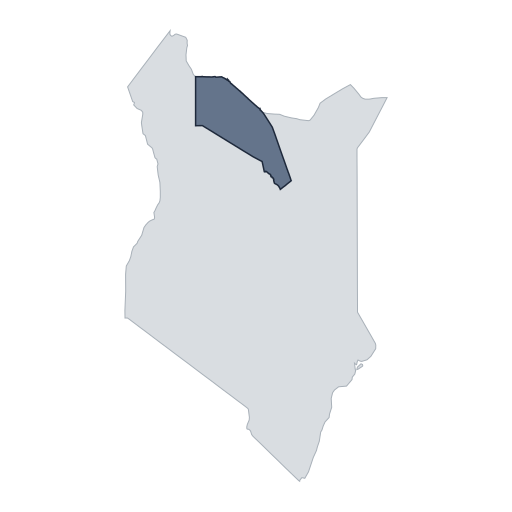 location of North Horr, Eastern, Kenya
{"feature_id": "3690345B4448118045148", "entity_name": "North Horr", "entity_type": "district", "adm_level": 2, "iso_a3": "KEN", "parent_name": "Kenya", "parent_adm1": "Eastern", "projection": "equal_earth", "projection_center": [38.048, 3.18], "detail": "fine", "context": "in_parent", "style": "filled", "palette": "slate", "viewbox_px": 512, "rotation_deg": 0, "n_neighbors": 0, "source": "geoboundaries", "source_scale": "gbopen_adm2", "svg_char_len": 6282}
<svg xmlns="http://www.w3.org/2000/svg" viewBox="0 0 512 512"><path d="M125.0,318.0L124.9,310.5L125.7,291.3L125.6,274.4L126.3,266.0L129.4,260.6L130.8,256.7L131.9,251.3L133.5,246.9L137.1,243.3L137.8,241.3L141.7,235.3L144.0,227.5L145.8,224.9L148.0,222.5L149.5,221.2L152.1,219.9L154.1,219.2L154.4,218.6L154.6,217.3L153.9,212.5L154.8,211.0L156.2,207.8L157.7,204.8L159.1,202.9L159.9,200.9L160.3,197.5L160.3,195.2L160.3,191.2L159.9,182.4L158.2,175.0L157.2,166.6L158.0,163.9L156.7,159.0L156.1,158.8L155.0,157.7L153.7,153.1L152.6,148.9L152.0,147.9L147.6,144.2L145.4,135.6L143.0,133.7L141.7,125.1L141.4,122.6L142.8,114.1L142.7,112.1L141.2,110.3L137.1,108.5L133.7,104.9L134.2,103.7L134.4,102.4L132.7,101.6L127.6,86.9L134.2,78.1L140.9,69.2L149.4,58.0L157.2,47.6L164.0,38.7L170.1,30.7L169.9,32.2L169.9,34.3L170.7,35.5L171.9,36.3L173.6,35.5L175.2,34.2L176.6,34.0L185.7,37.3L187.2,40.2L187.1,43.3L187.5,45.5L186.8,47.8L186.0,54.7L186.2,60.9L188.9,65.6L191.4,69.3L193.3,74.4L194.7,76.0L196.7,76.8L202.9,77.0L212.1,77.3L221.0,77.6L221.8,77.8L223.7,78.5L231.9,85.4L239.4,91.8L245.7,97.3L251.8,102.6L257.8,107.9L262.4,112.2L267.0,113.5L274.4,114.1L279.6,114.3L284.3,116.2L291.4,117.9L296.7,118.7L299.9,119.7L308.7,120.7L310.1,120.1L314.0,115.3L318.4,107.5L320.1,103.2L325.7,99.0L335.6,93.0L342.6,88.8L350.4,84.6L353.9,88.2L358.8,94.1L360.9,97.0L362.7,98.3L365.3,99.2L368.6,99.2L370.3,99.0L373.9,98.3L382.3,97.6L387.1,97.6L383.1,105.4L378.2,114.8L369.3,132.0L362.6,141.0L357.4,147.9L357.0,149.1L357.0,156.7L357.1,175.4L357.2,212.7L357.3,250.0L357.4,287.3L357.5,305.9L357.5,312.2L362.0,320.0L366.4,327.7L372.2,337.8L375.3,343.3L375.8,345.1L375.7,348.7L370.9,356.3L367.0,359.8L361.7,361.4L360.1,361.1L358.0,360.0L357.2,361.8L356.6,364.7L355.4,364.1L354.5,363.2L355.1,368.3L355.6,370.8L354.8,374.1L352.3,377.1L352.0,379.6L346.5,386.1L338.6,386.8L334.5,390.0L332.6,392.7L331.2,398.4L331.7,407.3L329.5,414.1L329.1,417.5L325.0,422.0L323.2,426.0L321.9,430.1L320.7,432.0L319.3,441.2L317.4,446.8L316.9,448.7L316.5,450.4L315.0,453.7L314.0,455.9L313.3,457.4L308.5,471.8L304.8,478.3L301.9,477.6L299.9,480.1L299.7,481.3L298.7,480.6L296.2,478.2L291.2,473.4L286.1,468.5L281.1,463.6L276.1,458.7L271.0,453.8L266.0,448.9L261.0,444.0L255.9,439.1L253.0,436.3L251.7,434.6L250.6,431.2L250.1,430.4L248.8,429.3L247.2,429.1L246.8,428.4L246.8,426.8L247.3,424.5L249.2,420.0L249.4,417.3L249.0,414.3L248.4,409.5L247.9,408.5L244.6,405.9L237.6,400.7L230.6,395.4L223.6,390.2L216.6,384.9L209.6,379.6L202.6,374.4L195.6,369.1L188.6,363.8L181.6,358.6L174.5,353.3L167.5,348.0L160.5,342.8L153.5,337.5L146.5,332.2L139.5,327.0L132.5,321.7L129.9,319.7L127.5,318.0L125.0,318.0ZM358.0,369.2L356.8,369.6L357.4,367.1L361.0,363.8L362.5,364.5L362.7,365.3L362.7,366.0L362.0,366.6L358.0,369.2Z" fill="#d9dde1" stroke="#a8b0b8" stroke-width="1"/><path d="M290.5,178.6L290.3,178.2L290.2,177.6L289.9,176.9L288.9,174.0L288.7,173.4L288.5,172.9L288.0,171.7L287.8,171.0L287.3,169.6L287.0,168.9L286.5,167.4L283.8,159.7L283.1,157.8L280.7,151.0L277.6,142.1L277.2,140.9L277.0,140.4L276.2,138.1L276.0,137.5L275.0,134.6L272.7,128.3L272.5,127.7L272.3,127.2L270.6,124.5L263.9,114.0L263.6,113.6L263.3,113.2L262.7,112.5L262.4,112.2L262.0,111.7L261.6,111.3L261.4,111.1L261.2,111.0L261.1,110.9L261.0,110.6L260.9,110.6L260.7,110.3L260.6,110.2L260.4,109.9L260.2,109.7L260.1,109.2L260.0,109.3L259.9,108.6L259.7,108.7L259.4,108.5L258.5,107.9L258.0,107.5L257.4,107.1L257.0,106.7L256.7,106.4L256.4,106.1L255.8,105.6L255.3,105.2L254.6,104.6L254.3,104.3L253.3,103.4L253.1,103.2L252.6,102.8L252.0,102.3L251.6,101.9L250.4,100.8L250.0,100.5L249.5,100.0L249.1,99.6L248.4,99.1L248.1,98.8L248.1,98.6L247.6,98.1L247.2,97.8L246.1,96.8L245.0,95.8L243.2,94.1L243.0,93.8L241.7,92.7L241.2,92.2L240.9,92.0L240.8,91.9L240.6,91.7L240.6,91.8L240.5,91.7L240.1,91.3L240.0,91.2L239.7,91.0L238.0,89.5L237.4,88.9L237.2,88.8L236.6,88.3L235.5,87.3L235.4,87.2L235.0,86.8L234.7,86.6L234.2,86.2L233.8,85.8L233.4,85.5L232.0,84.3L231.8,84.0L231.3,83.6L231.1,83.7L230.8,83.4L230.5,83.1L230.0,82.0L230.0,81.9L229.9,81.8L229.8,81.6L229.7,81.5L229.5,81.3L229.4,81.3L229.2,81.2L229.0,81.3L228.9,81.3L228.9,81.2L228.7,80.9L228.6,80.7L228.4,80.3L228.4,80.1L228.2,80.1L227.8,79.6L227.8,79.8L227.7,79.9L227.5,80.2L227.3,80.0L227.2,79.9L226.9,79.9L226.7,79.8L226.7,79.7L226.4,79.4L226.4,79.2L226.1,79.2L225.5,79.1L225.5,78.8L223.8,77.9L222.9,77.6L221.7,76.8L220.7,76.9L219.6,76.9L217.5,77.1L216.9,77.1L216.3,77.2L215.7,77.1L215.2,76.6L214.5,76.6L211.9,77.0L210.9,77.0L209.6,76.9L209.2,76.9L207.8,76.9L207.1,76.9L206.6,76.9L204.9,76.8L202.7,76.7L202.4,76.6L202.1,76.4L201.7,76.7L195.6,76.7L195.6,84.3L195.6,94.2L195.6,125.7L202.4,125.6L242.2,150.1L253.0,156.7L256.4,158.5L257.7,159.2L260.9,160.9L261.8,161.3L262.1,161.5L262.9,165.1L264.3,171.7L264.6,171.8L264.8,171.9L265.0,171.9L265.3,171.8L265.4,171.7L265.6,171.7L265.8,171.5L266.0,171.5L266.0,171.4L266.3,171.5L266.5,171.6L266.6,171.8L266.8,171.9L266.9,172.0L267.0,172.0L267.5,172.5L267.8,172.8L268.0,173.0L268.3,173.1L268.4,173.3L268.5,173.4L268.6,173.5L268.8,173.7L269.0,173.7L269.1,173.8L269.3,173.8L269.5,173.9L269.7,174.0L269.8,174.1L270.0,174.2L270.0,174.3L270.1,174.5L270.3,174.6L270.5,174.7L270.5,174.8L270.7,175.1L270.7,175.3L270.7,175.5L270.8,175.5L271.0,175.7L271.0,175.8L271.0,176.0L271.0,176.3L271.0,176.6L271.1,176.8L271.3,176.8L271.5,176.9L271.8,176.9L271.9,177.0L272.0,177.0L272.1,177.3L272.2,177.5L272.3,177.5L272.4,177.8L272.5,177.8L272.8,177.8L273.0,177.9L273.1,178.0L273.2,178.3L273.3,178.5L273.4,178.8L273.4,179.0L273.5,179.1L273.8,179.2L273.8,179.3L273.8,179.5L273.7,179.8L273.7,180.0L273.7,180.3L273.7,180.5L273.7,180.8L273.8,180.9L273.8,181.1L273.9,181.3L274.0,181.5L274.1,181.8L274.1,182.0L274.2,182.3L274.2,182.5L274.2,182.8L274.3,182.9L274.4,183.0L274.5,183.2L274.6,183.3L274.8,183.5L275.0,183.6L275.3,183.8L275.9,184.1L276.2,184.2L276.7,184.5L277.2,184.8L277.5,185.0L277.9,185.4L278.2,185.7L278.5,186.0L278.7,186.3L278.9,186.5L279.0,186.8L279.1,187.0L279.3,187.2L279.4,187.5L279.6,187.8L279.7,188.0L279.9,188.3L280.1,188.6L280.2,189.1L280.3,189.4L282.1,188.0L282.3,187.8L283.2,187.1L285.4,185.5L285.5,185.4L285.7,185.2L286.1,184.9L287.1,184.0L289.0,182.5L290.9,181.0L291.2,180.7L291.0,180.4L290.9,180.0L290.9,179.9L290.8,179.6L290.7,179.3L290.6,179.0L290.6,178.8L290.5,178.6Z" fill="#64748b" stroke="#1e293b" stroke-width="1.5"/></svg>